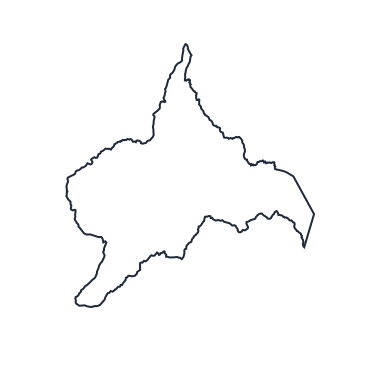 outline of Tarata, Tacna, Peru, rotated 16°
{"feature_id": "86281439B57455266090466", "entity_name": "Tarata", "entity_type": "district", "adm_level": 2, "iso_a3": "PER", "parent_name": "Peru", "parent_adm1": "Tacna", "projection": "equal_earth", "projection_center": [-69.943, -17.407], "detail": "fine", "context": "isolated", "style": "outline", "palette": "slate", "viewbox_px": 384, "rotation_deg": 16, "n_neighbors": 0, "source": "geoboundaries", "source_scale": "gbopen_adm2", "svg_char_len": 6041}
<svg xmlns="http://www.w3.org/2000/svg" viewBox="0 0 384 384"><g transform="rotate(16 192 192)"><path d="M68.6,212.5L68.8,214.0L69.7,215.5L70.0,216.8L69.6,219.1L70.0,222.1L70.6,222.9L71.2,225.0L72.1,225.8L72.1,226.3L71.7,226.4L72.4,229.4L72.4,230.7L75.4,233.5L77.8,234.7L78.7,237.5L79.8,238.3L80.0,241.2L80.5,242.1L82.5,242.5L84.3,241.4L84.9,241.5L85.4,242.7L85.9,246.0L86.7,248.2L86.7,250.3L87.6,251.5L88.8,252.3L89.4,253.3L91.0,254.1L92.2,255.4L92.4,256.5L92.8,256.9L94.2,257.5L99.4,261.4L102.3,262.0L106.0,260.8L113.8,261.1L115.8,260.8L117.1,260.2L118.1,260.8L119.2,262.0L120.6,264.9L122.1,263.3L123.6,264.2L123.0,270.5L123.5,272.6L123.1,274.2L125.5,277.1L125.5,278.5L124.8,283.4L123.9,285.2L123.0,288.4L123.1,291.3L122.6,294.6L123.0,296.6L122.6,300.4L121.9,302.0L120.6,303.6L117.6,309.1L116.4,310.8L115.4,311.7L114.1,315.1L112.5,316.9L112.7,318.3L112.3,319.5L111.5,320.5L111.4,322.2L110.5,323.9L109.2,324.9L109.2,326.6L110.1,327.9L110.5,329.7L111.2,331.1L115.0,332.4L120.2,330.5L122.6,330.8L127.1,330.3L128.2,329.4L129.3,329.1L130.0,328.3L131.2,328.2L133.0,327.4L134.8,325.7L137.7,319.5L137.7,317.2L138.5,313.7L139.1,312.3L140.2,311.8L141.2,309.6L143.1,309.7L144.3,308.3L144.7,307.1L145.4,306.9L147.2,303.4L148.8,302.9L149.1,301.0L150.3,300.8L150.8,298.6L152.4,295.0L152.1,292.6L153.2,292.0L153.7,290.4L154.2,289.9L157.5,289.6L160.0,288.4L161.5,285.9L161.4,283.9L163.7,281.0L163.1,279.8L161.7,274.7L162.6,273.8L163.9,273.5L164.8,271.4L166.5,271.5L168.0,269.4L169.8,264.8L170.4,264.0L171.5,264.2L173.5,263.5L175.0,259.9L175.8,259.9L177.6,261.6L178.5,260.8L178.6,259.5L180.0,258.9L181.0,257.1L181.7,256.7L182.2,256.8L182.5,258.2L184.4,259.4L185.1,261.4L185.8,261.0L188.3,261.1L191.5,260.2L195.5,258.6L197.3,258.8L198.5,258.5L200.6,259.4L201.7,256.9L201.6,252.9L200.7,250.4L201.0,248.9L202.1,248.2L201.6,245.8L201.7,244.9L202.6,243.2L203.0,242.0L205.0,240.1L205.1,237.3L206.0,235.3L206.1,234.1L206.8,232.9L207.4,232.5L207.8,231.1L208.9,229.5L208.9,227.7L208.1,226.4L208.3,224.7L207.9,223.4L209.3,222.3L209.8,221.5L211.0,217.5L211.6,216.6L211.2,212.7L211.4,212.1L213.4,211.5L214.6,210.5L216.4,210.2L217.2,211.8L218.6,211.3L219.6,212.3L221.1,212.7L222.8,212.9L224.7,211.8L227.7,211.6L229.1,210.8L231.1,211.8L236.8,211.7L240.0,213.2L242.1,212.2L243.5,212.7L244.2,213.6L246.1,215.1L246.4,216.3L247.9,217.6L249.1,217.6L250.5,216.6L251.3,214.4L253.0,214.4L253.8,214.0L255.7,211.3L255.4,210.1L253.0,207.4L252.7,206.0L255.2,204.1L255.7,203.2L259.7,200.6L260.1,200.1L260.3,198.7L261.2,196.6L262.7,194.5L264.9,193.4L267.1,194.6L271.1,195.8L272.1,196.7L274.1,196.4L275.2,195.1L275.3,194.0L276.2,191.3L277.0,190.4L277.1,188.5L278.6,187.0L280.1,188.1L281.5,190.3L282.5,189.8L283.5,190.0L284.7,189.7L285.8,190.0L286.7,190.7L287.5,190.6L287.9,191.1L289.4,190.5L290.2,190.8L290.8,190.6L292.9,191.9L294.3,192.4L295.3,191.9L296.5,192.4L297.3,193.3L298.8,193.3L299.6,194.7L299.8,197.2L300.9,198.6L302.8,199.7L303.5,200.6L304.6,200.6L306.5,201.6L307.9,201.9L309.1,203.6L309.7,203.8L309.9,204.7L309.7,205.2L310.3,205.5L310.7,206.5L311.7,207.2L312.8,209.2L313.0,211.9L313.9,212.9L314.2,213.6L315.1,214.1L315.4,179.6L285.1,149.0L277.0,146.9L273.6,146.7L265.6,147.1L264.8,145.3L265.0,144.5L263.7,143.7L263.8,142.7L263.0,141.6L263.0,140.9L262.6,140.8L261.6,141.0L260.1,142.3L258.6,142.1L257.3,142.9L256.6,142.8L256.0,143.6L255.4,143.3L254.9,143.8L253.9,142.7L253.1,143.7L251.9,142.2L251.4,142.1L250.2,143.4L249.0,143.5L247.8,144.8L246.8,145.1L246.6,145.9L246.8,146.6L245.8,148.6L244.1,149.1L243.3,148.8L243.2,149.5L242.5,149.3L241.3,150.1L240.9,148.8L239.9,149.2L238.9,149.0L236.2,146.6L235.9,145.7L234.4,145.9L232.7,144.4L231.9,143.1L231.5,141.2L231.7,138.0L230.5,135.6L229.6,134.6L229.2,132.9L227.9,131.4L226.9,130.8L226.4,129.8L226.2,128.8L224.6,127.4L222.3,126.1L221.5,126.3L221.2,126.9L219.1,126.9L217.9,128.4L216.8,128.7L216.4,129.7L214.3,129.4L212.8,130.7L211.9,130.2L210.6,130.1L209.2,130.7L207.7,130.7L205.4,126.6L202.5,126.0L201.7,124.8L201.4,123.0L200.7,122.5L198.5,122.8L197.2,122.3L197.1,121.8L196.5,122.1L194.2,121.9L193.3,121.1L192.7,119.8L191.0,118.2L189.0,117.8L187.2,115.5L183.0,114.1L182.6,113.5L181.8,113.2L180.7,111.2L177.9,109.3L177.4,108.8L177.4,108.0L177.0,107.4L174.7,105.9L173.5,101.2L173.0,101.1L171.4,102.3L171.0,102.2L169.7,99.5L169.7,98.5L169.2,97.9L169.4,96.5L169.2,95.7L167.9,95.5L166.9,94.5L166.0,94.6L162.6,92.0L161.8,91.7L160.9,90.1L160.8,88.8L160.2,88.4L160.0,88.2L160.4,88.2L159.4,87.1L159.5,86.4L159.2,85.2L158.6,84.6L158.4,84.6L158.2,85.4L157.6,85.4L157.5,84.8L156.6,85.2L155.8,86.5L154.4,86.7L154.0,85.2L153.9,83.6L152.8,80.6L153.0,80.0L152.5,76.0L152.7,73.7L153.0,73.2L153.4,70.2L154.0,67.7L153.3,62.2L153.8,60.6L152.6,59.7L149.8,56.9L148.2,54.9L148.0,53.7L147.6,53.1L146.1,51.8L145.1,51.6L144.8,52.0L144.0,56.6L144.8,58.6L144.9,61.3L145.6,66.6L146.1,67.9L146.0,69.1L144.9,70.6L143.0,72.3L142.1,73.9L141.3,76.3L141.3,79.9L140.2,83.1L138.9,84.9L138.8,86.4L139.5,88.1L138.2,90.8L138.4,96.8L138.2,99.1L137.8,100.1L137.8,100.7L138.6,101.9L138.9,102.9L138.7,104.3L139.1,106.6L138.7,109.4L139.7,110.9L141.1,111.8L141.4,112.6L140.9,113.1L138.1,113.2L137.2,114.1L137.0,117.4L137.8,119.3L137.9,120.6L136.7,123.0L133.5,127.5L133.4,128.1L133.6,128.8L135.1,129.7L135.4,130.3L135.6,134.2L136.3,137.2L136.5,140.3L137.6,142.4L139.5,148.1L139.0,150.4L138.2,151.7L137.5,153.7L135.2,155.2L134.1,157.5L131.2,159.2L129.5,159.1L129.5,158.5L128.9,157.9L128.0,157.6L125.7,157.3L124.5,158.0L124.3,159.6L123.0,159.3L121.5,160.0L119.6,158.4L118.2,158.0L117.2,158.9L115.4,158.8L114.3,160.3L113.0,160.4L111.8,161.1L111.1,161.0L110.6,161.5L110.3,162.4L109.6,162.7L109.3,163.3L109.0,163.0L107.9,164.0L106.8,164.4L106.2,165.7L105.5,166.2L104.5,167.6L104.3,167.6L104.1,170.2L103.2,171.1L102.3,173.6L100.5,173.2L99.2,173.8L97.0,174.2L94.6,177.4L93.3,178.3L93.2,180.3L91.7,181.4L91.4,185.1L89.9,185.8L88.5,185.5L86.4,187.8L86.1,188.8L87.8,190.3L88.2,191.1L87.7,192.8L86.7,193.5L83.6,193.2L82.8,196.0L80.8,198.3L79.4,198.8L78.3,200.8L77.3,202.1L75.3,203.3L74.6,204.5L74.6,206.0L74.2,207.3L68.6,212.5Z" fill="none" stroke="#1e293b" stroke-width="2"/></g></svg>